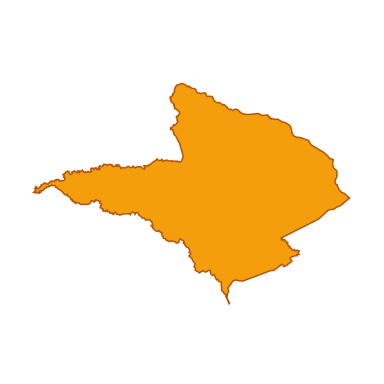 outline of Algarrobo, Magdalena, Colombia, rotated 97°
{"feature_id": "7082276B14520345470413", "entity_name": "Algarrobo", "entity_type": "district", "adm_level": 2, "iso_a3": "COL", "parent_name": "Colombia", "parent_adm1": "Magdalena", "projection": "albers", "projection_center": [-74.106, 10.222], "detail": "fine", "context": "isolated", "style": "filled", "palette": "amber", "viewbox_px": 384, "rotation_deg": 97, "n_neighbors": 0, "source": "geoboundaries", "source_scale": "gbopen_adm2", "svg_char_len": 6067}
<svg xmlns="http://www.w3.org/2000/svg" viewBox="0 0 384 384"><g transform="rotate(97 192 192)"><path d="M298.4,141.6L297.7,141.2L294.3,143.6L292.1,144.5L288.4,144.4L286.2,143.4L283.1,144.7L274.6,140.0L274.6,138.8L273.8,137.3L274.4,135.3L274.2,130.7L260.4,104.4L259.9,101.2L252.9,94.2L252.9,93.5L254.9,91.7L253.4,89.3L248.5,84.4L245.7,86.7L244.2,85.1L242.9,82.4L242.4,80.1L241.9,80.5L241.4,80.2L240.9,78.2L239.7,79.4L238.2,78.9L238.0,78.3L237.3,78.7L236.9,80.6L237.9,81.7L236.8,83.4L237.6,84.1L237.3,85.3L235.9,86.6L235.4,88.2L234.9,87.9L234.2,88.9L233.6,88.8L233.6,89.6L232.7,90.6L231.8,91.1L231.1,90.6L230.3,91.0L230.5,92.1L229.7,92.4L229.3,93.8L228.5,93.7L228.1,94.3L228.2,95.6L229.1,96.0L229.2,96.5L227.5,96.5L227.8,97.7L226.8,98.0L203.4,63.0L193.7,54.8L192.8,53.1L191.9,49.2L189.7,46.8L186.8,42.3L178.6,34.8L178.1,36.7L177.6,36.7L174.8,40.7L174.2,43.5L171.6,46.4L168.5,48.4L167.3,48.6L166.7,50.0L165.2,51.3L162.8,51.4L159.4,50.1L154.0,50.6L152.6,51.7L151.8,53.4L150.6,54.5L147.1,55.9L142.5,55.8L142.0,59.5L140.3,61.0L136.6,66.1L130.6,79.9L126.8,82.4L124.7,91.3L124.9,94.7L124.0,97.8L121.8,99.6L115.7,101.9L113.8,103.3L111.6,108.5L111.3,111.2L110.3,113.8L109.3,115.4L109.8,119.1L109.3,121.8L110.0,122.1L109.0,124.4L108.2,123.9L107.7,125.3L106.3,126.1L107.4,131.2L107.1,133.3L106.0,135.4L108.3,146.0L108.3,151.2L106.2,155.0L105.0,156.2L104.6,157.7L104.5,159.2L106.3,161.9L105.0,163.6L105.5,165.1L104.5,166.9L103.3,167.5L102.6,169.4L101.4,170.4L101.8,172.0L99.9,175.7L100.3,178.0L99.2,180.4L98.0,181.7L95.1,183.2L94.7,185.6L95.4,188.9L92.3,190.5L92.0,191.5L92.6,193.8L93.4,195.2L92.9,196.6L93.0,199.0L90.0,200.7L89.2,201.9L89.1,204.5L88.0,207.5L87.3,207.6L87.9,209.3L85.9,212.8L85.6,215.8L87.7,219.3L87.5,219.8L89.1,220.9L91.8,221.9L95.3,221.7L97.2,223.2L98.2,222.7L99.6,224.1L100.2,224.0L100.6,225.3L101.5,224.5L102.3,225.0L103.0,224.3L104.3,224.2L107.4,220.3L108.2,220.7L110.1,219.5L110.9,219.7L111.5,219.2L111.1,218.8L111.9,217.3L114.3,214.1L116.4,214.0L116.9,214.6L118.1,214.8L118.7,216.5L119.5,216.8L120.5,215.9L122.9,215.5L123.5,214.5L124.1,214.6L127.4,216.6L127.7,218.7L129.1,218.9L130.7,220.2L130.7,220.9L132.2,221.1L132.6,220.7L132.1,219.5L133.3,218.8L133.7,217.8L136.6,217.2L138.6,214.8L144.1,211.2L144.3,210.6L158.0,204.9L163.2,206.6L163.7,207.7L163.7,210.0L163.1,210.5L163.6,211.9L163.4,213.4L164.2,214.7L163.3,215.9L164.0,217.4L163.9,219.8L163.4,220.2L163.8,222.1L165.2,224.6L163.4,225.5L163.4,226.1L164.4,226.6L164.7,229.2L163.4,230.9L165.0,231.5L165.6,232.7L170.6,237.9L170.8,238.9L171.7,239.1L171.8,242.9L172.2,243.0L173.6,241.5L175.2,242.2L174.8,243.6L173.2,245.6L173.7,249.5L175.1,251.4L173.5,253.7L174.5,253.9L175.3,255.5L175.3,256.6L174.5,257.5L174.4,258.6L176.4,261.4L176.2,264.1L177.4,265.3L174.4,267.4L175.4,268.7L174.2,268.8L173.8,269.3L174.8,271.3L175.8,270.8L176.4,273.2L176.2,273.9L175.0,274.3L175.4,275.2L174.7,275.6L174.4,276.9L175.8,279.3L175.1,280.5L175.5,281.2L175.2,282.4L175.6,283.5L177.0,283.4L178.0,285.1L177.1,286.7L178.1,287.1L178.7,287.9L179.8,287.7L180.3,286.2L181.3,286.8L180.9,288.5L181.4,288.6L181.3,289.0L179.6,290.2L179.8,290.9L181.6,292.1L180.3,293.4L180.8,295.0L182.5,295.3L183.7,294.3L184.7,295.0L184.7,296.8L184.1,297.8L185.5,299.0L185.5,299.7L185.0,300.2L185.5,302.1L183.6,303.4L185.2,305.0L184.8,306.5L186.6,306.5L185.1,308.0L186.9,308.7L185.9,310.7L185.2,311.2L185.7,311.9L186.5,312.1L186.4,312.8L187.1,313.8L188.3,313.1L189.3,314.4L189.1,315.8L186.5,316.8L186.5,318.0L188.3,320.2L189.2,320.3L190.3,322.1L191.6,320.9L192.8,321.3L192.7,320.4L193.4,319.9L194.6,319.8L196.3,320.7L196.9,323.4L197.5,323.9L196.1,325.6L196.5,326.6L195.9,327.5L196.4,328.6L196.9,328.6L196.8,329.1L198.1,329.9L198.2,332.9L199.4,333.5L199.3,334.3L200.5,334.8L201.9,336.7L201.6,337.8L200.9,338.5L201.3,340.0L202.5,340.8L202.7,341.7L204.0,342.3L203.9,342.7L204.8,342.5L206.4,344.4L207.6,345.0L206.9,346.6L206.0,346.7L205.6,347.6L207.0,347.7L207.5,348.2L207.5,347.3L208.7,347.3L209.2,347.9L210.7,347.9L211.6,349.2L211.9,348.3L211.0,347.4L211.9,346.9L211.3,345.9L211.5,344.6L211.9,344.4L211.5,343.8L211.7,343.0L211.1,342.8L210.4,343.7L210.0,343.6L208.9,342.5L209.8,341.6L209.0,341.6L208.3,339.8L206.3,338.7L206.1,337.5L204.8,337.0L204.4,335.3L203.4,335.0L203.8,334.2L202.5,332.4L202.3,331.3L202.7,330.7L202.2,329.5L202.6,328.4L203.9,328.0L203.7,327.2L205.9,324.0L206.4,322.2L209.7,318.5L210.4,316.7L209.6,315.5L211.1,315.0L212.2,312.3L214.5,311.1L214.1,310.1L215.9,309.5L215.4,308.0L216.3,307.9L217.6,306.5L216.5,305.9L216.9,305.1L216.3,303.3L217.4,302.2L217.9,300.0L216.7,293.0L214.5,291.1L212.9,291.1L212.7,289.3L213.5,289.0L213.8,287.7L213.0,287.4L212.7,286.5L211.5,286.9L211.2,286.2L212.2,284.4L212.4,282.0L213.6,282.3L214.7,281.9L214.6,280.6L215.7,280.1L217.1,281.3L217.7,281.0L218.8,281.3L219.1,279.7L220.0,279.0L219.9,278.1L221.6,278.2L221.9,275.6L220.4,274.7L220.2,274.1L221.9,273.6L221.5,271.8L223.1,270.8L222.7,268.4L223.9,267.6L223.7,266.9L222.3,266.7L221.3,265.9L221.6,265.0L223.1,264.5L223.6,260.7L223.0,259.9L223.1,259.0L222.4,258.4L221.8,255.9L221.3,251.6L222.0,250.4L220.8,250.4L220.3,249.4L219.2,248.8L219.7,246.5L221.1,245.8L219.2,244.9L219.1,243.3L221.8,241.4L222.2,240.1L224.0,238.1L223.7,236.4L225.6,234.2L224.5,230.8L225.8,229.8L226.2,228.4L228.8,227.3L230.5,228.4L230.5,226.6L232.0,227.1L234.4,224.3L235.5,221.8L234.4,219.8L235.9,218.7L235.9,217.1L239.2,216.4L239.9,215.1L241.5,214.8L241.5,212.7L243.3,211.3L243.3,209.8L244.1,208.4L242.7,206.6L243.4,205.6L243.3,202.8L244.2,201.9L244.5,200.5L243.4,198.8L241.0,198.9L240.0,198.1L241.7,194.2L242.2,193.9L243.7,194.4L243.9,192.9L245.7,192.5L247.4,190.6L247.7,188.8L250.4,187.1L251.2,187.0L252.2,187.6L252.8,185.9L254.3,185.8L255.1,187.1L256.0,187.2L257.9,184.0L259.6,183.3L262.9,180.2L265.9,180.9L267.0,179.3L269.2,179.3L271.4,174.5L270.1,173.6L268.8,170.9L269.9,168.9L269.0,167.2L268.1,166.5L267.5,164.4L269.9,163.8L271.6,162.8L272.3,161.3L271.4,160.2L271.6,159.8L276.2,157.0L275.6,155.6L277.5,154.7L277.5,153.1L278.2,152.0L286.2,150.5L287.9,148.4L289.3,147.5L289.8,145.6L291.7,145.7L293.0,144.5L298.4,141.6Z" fill="#f59e0b" stroke="#b45309" stroke-width="1.5"/></g></svg>